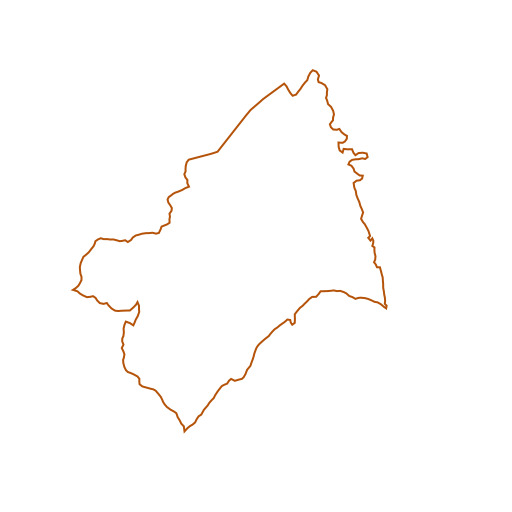 the district of Santa Maria Madalena, Rio de Janeiro, Brazil, rotated 129°
{"feature_id": "56859067B84707497106597", "entity_name": "Santa Maria Madalena", "entity_type": "district", "adm_level": 2, "iso_a3": "BRA", "parent_name": "Brazil", "parent_adm1": "Rio de Janeiro", "projection": "orthographic", "projection_center": [-41.908, -21.952], "detail": "fine", "context": "isolated", "style": "outline", "palette": "amber", "viewbox_px": 512, "rotation_deg": 129, "n_neighbors": 0, "source": "geoboundaries", "source_scale": "gbopen_adm2", "svg_char_len": 4332}
<svg xmlns="http://www.w3.org/2000/svg" viewBox="0 0 512 512"><g transform="rotate(129 256 256)"><path d="M286.6,184.6L283.6,183.8L280.6,186.0L276.9,189.2L273.0,189.3L268.7,189.2L265.2,188.4L262.7,188.2L258.7,187.7L256.0,187.6L252.4,186.6L249.9,183.6L246.1,183.4L242.8,183.6L240.8,181.3L238.5,178.6L235.8,175.8L233.8,173.9L232.5,171.2L230.1,168.6L228.8,165.1L228.2,162.2L228.4,158.3L227.3,155.4L226.7,151.7L224.3,150.2L222.5,148.4L220.1,144.7L218.8,141.8L217.8,138.4L217.0,135.0L215.5,132.3L214.9,128.5L215.0,125.0L214.8,121.9L212.4,123.2L212.1,125.8L209.6,127.4L207.3,129.6L205.0,132.4L203.1,134.3L200.7,137.1L197.8,139.5L195.4,141.8L192.9,144.1L191.2,146.6L189.0,149.5L186.8,152.6L188.6,154.9L187.2,157.6L186.6,160.3L183.8,161.1L181.0,163.0L178.9,165.8L176.8,167.8L174.8,169.3L175.0,171.9L172.3,173.0L170.3,174.4L169.1,176.7L172.0,176.7L171.2,180.2L168.7,179.9L167.2,182.2L165.8,184.3L164.2,188.0L162.8,191.5L162.3,194.3L161.0,197.7L157.6,199.1L154.8,200.1L152.9,203.4L151.3,206.6L149.1,209.6L147.2,213.4L145.2,216.7L142.8,219.2L141.0,222.6L137.8,226.1L134.1,225.2L131.8,222.9L129.0,222.3L126.4,223.6L128.2,226.2L128.3,229.4L128.4,232.6L126.7,235.1L125.8,238.7L126.7,241.8L123.8,242.6L120.8,241.8L118.1,239.4L116.2,237.2L113.2,234.9L111.9,232.2L108.9,231.5L106.7,234.5L108.6,238.1L111.5,241.1L115.1,242.2L114.4,245.3L112.6,248.6L115.5,252.0L117.6,255.3L121.1,253.8L121.3,257.4L119.2,260.4L115.9,263.3L113.5,259.9L111.1,259.0L107.8,259.2L105.4,260.9L105.9,263.6L105.9,267.5L104.8,271.2L107.0,272.6L109.1,275.6L108.8,278.8L107.1,281.5L104.5,281.6L102.0,281.6L100.0,283.2L96.9,284.5L94.7,287.3L92.9,291.4L92.6,295.6L90.6,298.3L89.0,301.1L86.4,302.1L84.2,303.9L81.5,305.5L79.8,309.8L80.4,314.1L81.5,316.7L79.9,319.0L76.1,320.6L74.7,325.0L75.9,328.8L79.4,329.1L83.5,328.3L87.1,326.8L90.6,327.1L94.7,327.0L98.3,326.6L101.8,326.6L105.3,326.4L108.4,328.4L107.7,332.0L106.4,335.7L104.9,339.1L104.3,342.6L129.8,349.3L133.8,349.9L145.8,352.1L153.1,352.2L199.2,351.5L204.7,355.1L223.5,368.9L226.8,368.8L230.0,367.4L232.5,365.7L234.5,364.0L237.5,363.2L239.4,360.2L240.0,357.3L242.7,355.1L244.3,351.7L247.6,353.6L251.3,355.0L255.2,357.1L257.5,358.6L259.9,359.6L262.8,360.2L265.1,360.9L267.7,360.3L269.6,357.8L270.6,354.4L271.7,351.6L274.0,350.1L277.5,349.9L279.6,347.6L281.9,346.4L284.5,344.1L287.4,345.0L289.9,346.4L292.6,347.9L295.7,346.8L299.2,346.0L301.5,347.7L303.1,351.1L305.5,353.5L307.3,355.7L310.4,358.6L313.4,360.6L315.6,362.3L319.2,363.4L322.2,363.2L325.8,364.4L326.1,367.6L328.5,369.5L330.3,371.3L331.4,374.0L332.9,377.3L334.8,379.5L336.6,382.4L338.7,384.9L339.9,387.8L342.7,389.3L345.6,390.1L347.8,389.1L350.7,388.4L354.1,388.4L358.7,388.3L362.7,389.0L365.2,389.6L368.2,388.8L372.0,387.7L375.5,385.9L378.0,383.6L380.3,381.3L382.0,378.5L384.5,376.5L387.5,375.8L391.0,375.3L394.5,375.9L397.5,376.9L395.8,372.6L396.0,368.9L395.4,365.3L394.4,361.5L391.9,359.0L389.8,357.4L389.5,354.4L390.5,351.5L390.9,347.8L389.2,344.4L386.4,342.3L387.2,339.5L387.7,335.2L387.2,331.2L385.5,328.5L383.4,326.3L380.4,322.9L377.7,319.7L372.9,318.9L369.3,318.6L366.4,319.1L368.3,315.6L370.8,313.6L372.9,311.6L377.0,310.1L381.2,309.4L384.3,308.4L387.1,307.7L387.5,311.8L388.9,315.9L392.5,314.8L395.9,313.1L398.4,310.7L401.8,308.6L404.3,308.0L406.5,306.3L408.3,303.2L412.0,302.4L413.7,298.8L415.2,296.4L417.6,295.0L420.5,293.8L422.8,291.6L425.1,288.4L426.6,285.2L426.8,282.5L425.8,279.8L425.0,276.7L424.2,272.4L424.8,269.4L427.0,267.7L428.9,265.8L428.9,262.3L427.6,259.2L426.5,256.8L425.5,254.4L424.3,252.0L423.8,249.3L424.5,245.4L425.4,241.3L426.6,238.7L427.9,236.3L428.8,233.6L429.4,230.3L429.2,225.7L428.5,222.1L428.3,218.9L430.4,215.7L431.9,211.5L433.3,208.6L433.8,204.9L437.3,201.2L432.7,200.9L429.5,200.2L427.0,199.2L423.7,198.6L420.1,199.4L416.7,199.7L413.7,198.7L411.1,199.2L408.3,199.7L405.6,199.6L402.5,199.5L399.2,199.9L395.5,199.7L393.0,199.4L390.1,200.1L385.1,200.6L381.1,200.7L378.6,200.7L376.2,199.7L373.3,198.1L369.9,198.5L367.2,198.0L366.3,193.9L362.7,191.4L360.3,189.6L357.9,189.3L354.3,189.9L350.0,191.3L345.0,191.2L341.8,192.4L338.4,193.5L335.6,194.6L333.1,195.8L330.6,196.7L327.6,197.7L324.7,198.1L322.3,198.0L318.8,197.5L314.4,196.7L310.2,195.7L307.2,195.8L304.3,195.7L301.1,195.4L298.0,194.4L295.1,193.9L292.2,193.1L289.6,192.3L285.6,191.6L284.2,189.1L285.8,187.2L286.6,184.6Z" fill="none" stroke="#b45309" stroke-width="2"/></g></svg>